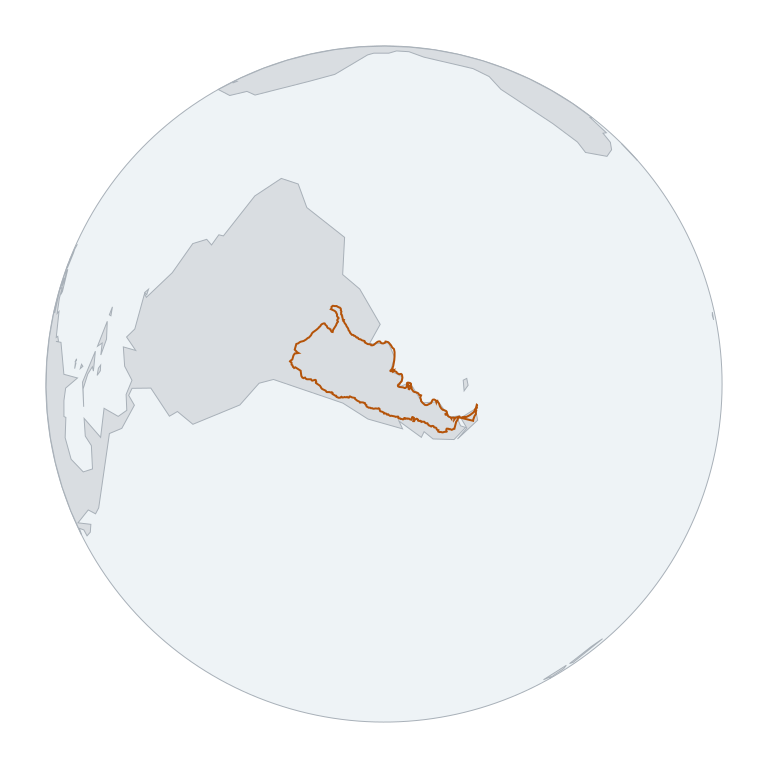 globe centered on Argentina, rotated 286°
{"feature_id": "ARG", "entity_name": "Argentina", "entity_type": "country or territory", "adm_level": 0, "iso_a3": "ARG", "parent_name": "South America", "parent_adm1": "", "projection": "orthographic", "projection_center": [-65.46, -38.417], "detail": "fine", "context": "on_globe", "style": "outline", "palette": "amber", "viewbox_px": 768, "rotation_deg": 286, "n_neighbors": 0, "source": "natural_earth", "source_scale": "50m", "svg_char_len": 9218}
<svg xmlns="http://www.w3.org/2000/svg" viewBox="0 0 768 768"><g transform="rotate(286 384 384)"><circle cx="384" cy="384" r="338" fill="#eef3f6" stroke="#a8b0b8"/><path d="M412.7,47.3L404.4,46.8L380.5,46.2L361.3,47.9L385.6,46.4L388.0,47.6L393.4,48.0L400.2,48.1L403.9,47.7L407.2,48.4L384.4,49.4L381.0,48.7L388.3,48.1L377.0,48.3L361.7,50.4L364.2,51.6L338.4,56.1L339.9,57.3L335.1,59.4L334.5,56.9L335.0,62.0L305.1,73.6L305.3,87.7L292.3,79.1L279.8,80.9L264.5,85.3L264.2,87.4L244.5,92.3L225.4,104.0L216.6,119.1L222.0,127.2L244.1,119.7L251.6,111.2L268.3,105.2L254.6,126.3L283.5,121.6L279.6,137.4L287.8,144.0L302.8,139.0L318.1,140.7L329.6,129.8L347.8,123.2L347.8,136.1L358.2,123.6L368.2,129.3L404.7,128.9L401.8,131.7L432.6,149.8L466.3,161.5L474.2,173.7L470.1,179.9L481.9,184.1L482.1,188.8L529.2,208.0L553.3,228.6L552.6,246.4L532.3,261.2L514.1,305.7L477.8,314.1L468.6,334.5L440.3,363.9L418.3,358.8L424.7,377.0L412.6,386.8L398.3,386.7L396.1,399.6L385.5,399.6L392.7,408.5L376.4,426.0L381.9,441.0L370.3,456.3L374.3,465.5L369.6,465.3L364.9,469.1L364.7,474.4L349.9,466.6L344.7,446.3L349.2,435.7L343.0,434.6L352.5,408.6L346.0,414.2L345.9,378.2L354.3,349.7L357.9,276.5L350.3,263.7L324.1,251.2L292.6,211.4L300.6,193.0L293.9,186.6L315.8,161.0L310.4,143.0L302.7,141.7L294.8,149.9L269.1,144.2L260.7,133.7L186.3,143.9L179.7,142.5L181.4,134.4L166.2,128.1L168.3,140.9L160.6,142.5L156.2,140.4L161.0,135.7L161.3,130.9L155.7,134.9L156.6,134.0L175.9,117.7L196.4,102.9L218.0,89.7L240.4,78.1L263.7,68.2L287.6,60.1L312.1,53.8L337.0,49.4L362.2,46.8L387.4,46.1L412.7,47.3ZM302.7,93.7L336.0,97.5L316.3,101.1L320.2,98.9L311.9,96.5L296.3,96.1L279.3,101.6L302.7,93.7ZM319.3,82.1L313.5,82.4L319.3,81.5L319.3,82.1ZM375.0,484.0L351.4,469.8L364.5,475.8L372.6,467.2L385.4,478.7L375.0,484.0ZM399.5,462.9L409.5,459.1L412.2,462.0L405.9,465.2L399.5,462.9ZM697.2,510.9L696.9,508.8L686.8,528.5L685.4,525.4L678.7,535.0L671.9,538.2L664.3,535.6L662.1,513.9L669.9,503.3L680.9,474.3L699.5,415.1L708.5,400.4L711.7,382.7L709.2,332.2L710.3,316.4L707.6,304.2L703.3,297.4L699.2,283.0L695.8,277.5L668.1,251.4L654.6,229.1L626.2,180.4L627.5,171.6L618.8,156.2L621.4,143.5L638.4,161.6L654.1,180.9L668.3,201.3L680.9,222.7L692.0,244.9L701.4,267.9L709.0,291.6L714.9,315.7L719.1,340.2L721.4,365.0L721.9,389.8L720.5,414.6L717.4,439.3L712.4,463.6L705.7,487.5L697.2,510.9ZM631.6,155.5L634.4,159.2L634.4,159.3L631.6,155.5ZM405.9,128.7L410.2,131.5L404.4,131.3L405.9,128.7ZM313.2,105.9L320.4,105.1L324.1,106.4L318.5,107.7L313.2,105.9ZM374.8,100.9L383.3,101.7L374.3,102.7L374.8,100.9ZM341.3,98.2L368.0,100.7L350.7,104.9L333.8,103.8L345.7,101.8L341.3,98.2ZM315.1,87.8L319.6,87.8L318.0,89.7L315.1,87.8ZM323.5,81.5L321.8,81.9L319.7,80.9L323.5,81.5ZM389.4,47.5L391.3,47.5L398.0,47.7L394.6,47.8L389.4,47.5ZM418.5,47.8L416.8,47.8L429.3,49.4L433.8,50.7L428.2,49.5L424.3,49.4L407.8,47.6L417.7,47.8L418.5,47.8ZM388.9,46.3L398.1,46.7L387.6,46.2L388.9,46.3ZM543.6,679.8L536.5,683.2L540.4,680.7L543.6,679.8ZM668.7,566.0L672.7,559.4L680.6,545.9L668.7,566.0ZM168.6,642.6L166.4,639.4L176.1,646.5L188.9,655.7L199.4,664.3L168.6,642.6ZM159.9,635.2L151.1,627.8L146.5,624.3L149.1,625.7L143.7,618.8L163.9,636.8L159.9,635.2Z" fill="#d9dde1" stroke="#a8b0b8" stroke-width="1"/><path d="M423.9,337.3L422.4,339.6L422.6,340.3L422.6,341.2L422.1,341.8L422.2,342.6L422.1,343.1L421.1,344.8L421.4,345.5L421.1,346.4L420.3,347.2L420.3,348.8L420.5,349.1L419.9,350.9L420.0,353.3L419.5,353.9L418.9,353.9L418.7,354.1L417.9,357.3L418.4,360.4L417.7,361.0L417.9,362.0L418.7,363.3L422.1,365.6L423.2,366.7L423.7,367.8L423.7,368.6L422.7,369.8L422.5,370.9L422.9,372.3L423.7,373.3L424.3,373.7L425.2,373.7L425.3,374.0L425.4,376.1L425.3,376.7L425.0,377.3L423.1,380.1L421.5,381.7L420.9,382.6L420.6,383.6L420.1,384.1L417.5,385.4L413.6,386.5L409.8,387.3L403.9,387.9L401.7,387.8L400.6,387.5L399.6,387.2L399.0,386.6L398.4,386.5L398.2,386.8L398.5,387.6L398.3,388.6L398.4,389.1L399.5,389.9L398.9,389.9L399.4,390.4L399.1,392.6L398.4,393.0L397.8,394.7L397.6,395.7L397.8,396.3L398.4,397.6L398.1,398.4L397.7,398.8L395.1,400.0L392.2,400.2L391.5,400.2L388.8,398.8L386.7,398.1L386.9,397.8L386.6,397.7L385.7,398.1L385.5,398.5L385.4,399.9L385.9,402.6L386.0,403.6L385.8,404.9L386.1,405.7L387.7,406.7L388.0,406.6L387.9,407.2L387.9,407.6L388.5,407.7L389.9,407.5L390.1,406.7L389.3,406.6L389.4,406.4L391.3,405.9L391.8,406.3L392.0,406.9L392.1,407.6L392.0,409.3L391.6,409.9L390.2,410.3L389.7,410.2L388.9,408.5L388.2,408.2L387.5,408.3L386.8,408.9L386.1,409.0L385.9,409.6L387.6,410.5L388.9,410.8L388.4,411.4L386.7,412.1L384.9,414.4L384.7,415.6L384.9,417.2L384.6,417.8L384.8,418.5L384.4,419.7L383.2,420.8L383.0,421.5L383.4,422.0L383.3,422.8L381.0,422.5L379.3,423.8L377.9,424.3L376.6,426.2L375.2,429.0L375.3,430.3L375.7,431.3L378.7,434.5L381.8,435.0L382.4,435.3L382.9,436.4L382.7,437.7L382.3,438.5L381.0,439.3L382.1,439.3L382.4,439.4L382.6,439.9L382.2,440.1L380.3,442.3L377.9,444.0L376.2,445.9L375.4,447.6L375.5,448.1L375.2,451.1L374.7,451.9L373.4,452.6L372.5,451.9L371.8,450.6L371.9,451.3L371.9,451.7L370.7,452.1L372.1,452.1L372.8,452.9L370.9,454.3L370.4,455.5L370.3,457.1L369.5,458.1L370.1,457.9L370.7,459.6L370.9,460.4L370.8,461.0L369.3,461.3L370.4,461.7L370.9,461.5L371.2,461.8L373.4,465.3L373.3,465.6L373.2,465.2L370.4,464.4L369.4,464.5L367.7,463.8L360.4,464.0L360.4,463.5L359.2,462.5L358.6,461.7L358.8,460.3L358.8,459.8L358.4,459.1L358.7,458.7L358.7,458.0L358.4,456.7L357.7,456.4L357.3,456.6L356.4,456.7L355.6,457.4L355.4,457.3L354.6,455.2L353.7,453.9L353.5,452.7L353.6,452.0L353.1,450.8L353.1,450.1L353.3,449.7L353.3,449.2L354.6,449.0L354.5,448.4L354.8,447.3L355.9,446.6L356.3,445.9L356.3,445.2L356.1,444.4L356.5,443.7L357.0,443.4L357.2,442.6L357.0,441.9L356.7,441.4L356.2,441.2L356.2,440.6L356.7,438.8L356.6,438.3L357.5,437.4L357.7,436.8L358.2,436.5L357.9,435.4L357.9,434.4L358.8,433.2L358.4,431.3L357.8,430.4L358.6,429.7L358.7,429.2L358.2,428.5L358.1,427.0L358.3,426.7L359.1,426.6L359.1,426.1L359.6,425.5L359.6,424.9L358.4,423.5L356.6,423.2L356.4,422.4L359.7,422.1L360.1,420.9L360.1,420.5L359.8,420.2L357.2,420.0L357.2,418.4L357.6,417.4L357.1,416.4L357.3,416.0L357.2,415.4L356.5,414.5L356.4,414.0L357.0,413.7L357.0,413.3L356.9,412.9L355.7,412.6L355.2,412.0L355.3,410.7L355.0,409.6L355.4,408.9L355.0,407.9L355.0,407.6L355.4,407.0L356.1,407.0L356.5,406.7L356.5,406.3L355.6,404.1L355.8,403.5L355.5,399.6L355.1,399.0L355.1,398.4L355.6,396.9L356.0,396.5L356.0,396.3L355.5,395.8L355.4,395.4L355.5,395.1L355.9,394.8L356.1,394.4L356.1,393.6L355.6,392.1L355.9,391.9L356.4,391.9L356.8,390.0L356.8,387.9L358.2,386.8L358.8,386.6L359.2,385.8L359.2,385.5L358.6,384.9L358.2,382.6L357.4,381.0L357.3,380.2L357.5,379.1L357.1,378.2L357.4,377.1L357.0,375.6L357.5,374.3L357.5,373.6L358.2,373.0L358.9,372.8L359.0,372.1L359.7,371.3L360.2,371.2L360.5,370.7L360.3,369.7L360.5,369.0L360.2,367.6L359.9,366.4L359.6,366.3L359.5,366.0L360.2,365.4L360.6,362.9L361.7,360.3L362.6,359.8L362.3,356.9L362.7,354.9L362.5,354.3L362.1,354.1L361.5,354.2L361.2,353.9L361.1,352.8L361.4,352.0L360.9,351.5L360.6,350.5L360.6,349.6L360.3,349.4L359.6,347.9L359.6,347.1L359.9,347.0L360.0,346.6L359.6,346.2L359.0,346.0L358.3,344.4L358.4,342.9L358.5,341.9L358.7,341.7L359.1,341.7L359.5,341.2L359.3,340.5L360.1,337.7L360.1,337.4L361.1,337.2L361.7,336.1L361.6,335.8L361.1,335.6L361.2,333.7L360.5,331.2L360.7,330.7L361.5,329.8L362.2,325.8L363.1,324.5L363.3,324.5L364.7,322.9L366.2,318.3L366.9,318.0L367.3,318.3L367.6,318.2L367.8,317.9L368.8,317.5L369.0,317.2L369.0,316.6L367.5,314.3L367.5,313.6L368.4,312.5L367.3,308.7L367.6,307.2L368.4,306.4L367.9,305.4L367.4,304.9L367.7,303.7L369.0,302.3L373.8,300.2L375.6,294.2L374.6,293.2L375.3,292.3L375.4,291.7L376.7,290.9L377.2,289.8L379.1,289.2L379.8,287.4L380.5,287.6L382.3,289.1L386.6,289.1L388.7,289.8L390.2,293.2L390.5,292.0L392.4,288.7L398.3,288.7L399.5,290.4L400.8,291.3L401.7,292.3L403.2,294.9L405.4,296.9L407.0,297.9L407.6,298.5L407.9,299.0L410.7,300.4L412.8,300.8L413.9,301.3L417.6,304.2L420.0,305.7L421.1,306.1L421.8,306.8L423.0,307.0L424.0,307.5L424.7,308.1L425.5,309.2L425.8,309.7L425.8,310.4L424.8,311.3L424.0,313.0L422.8,313.9L422.2,315.0L422.2,316.5L421.4,317.5L421.5,317.7L420.8,318.1L419.8,319.2L419.7,319.6L419.8,320.3L422.1,320.2L427.5,321.8L428.3,321.7L429.6,322.1L430.2,322.0L431.0,322.6L431.3,322.6L432.5,321.4L433.6,321.6L434.4,322.2L434.8,322.2L435.2,321.9L435.7,320.8L436.5,320.0L438.0,319.7L439.1,318.5L439.7,318.3L440.7,316.4L441.3,312.3L442.2,312.7L443.8,312.3L445.1,313.3L445.3,315.0L445.9,317.0L445.7,317.3L445.2,319.6L445.3,320.3L444.6,321.6L443.1,322.3L442.9,322.2L441.9,323.1L440.7,323.1L440.1,323.4L439.3,323.5L438.8,324.4L438.1,324.6L437.7,325.2L437.0,325.3L435.7,326.2L434.4,326.7L434.2,327.0L434.5,327.3L434.5,327.8L433.4,327.6L433.3,328.0L431.5,329.6L430.6,331.0L429.2,332.1L427.5,334.2L426.0,335.1L425.0,336.5L423.9,337.3ZM373.2,479.8L372.7,467.3L373.8,468.7L374.2,469.7L373.8,469.4L373.5,469.6L373.2,470.3L373.3,470.7L374.5,471.0L375.1,472.4L377.7,475.1L381.3,477.8L383.0,478.5L384.3,478.4L385.0,478.6L384.4,479.8L384.0,480.0L382.3,480.0L380.4,480.6L378.3,479.9L374.6,479.6L373.2,479.8ZM387.1,478.9L387.5,479.0L389.6,478.9L389.5,479.2L389.1,479.4L387.9,479.3L386.8,479.9L386.4,479.5L387.1,478.9ZM400.4,388.8L400.4,389.1L400.2,389.1L399.6,388.7L399.4,388.2L400.4,388.8Z" fill="none" stroke="#b45309" stroke-width="2"/></g></svg>